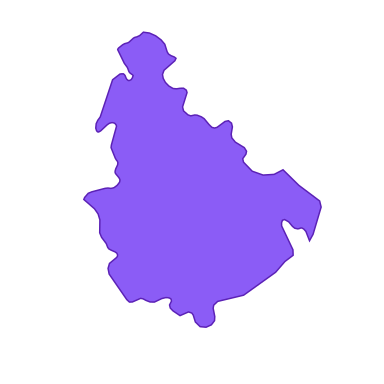 the Province of Bologna, rotated 115°
{"feature_id": "ITA-5362", "entity_name": "Bologna", "entity_type": "Province", "adm_level": 1, "iso_a3": "ITA", "parent_name": "Italy", "parent_adm1": "", "projection": "orthographic", "projection_center": [11.264, 44.436], "detail": "fine", "context": "isolated", "style": "filled", "palette": "violet", "viewbox_px": 384, "rotation_deg": 115, "n_neighbors": 0, "source": "natural_earth", "source_scale": "10m", "svg_char_len": 2583}
<svg xmlns="http://www.w3.org/2000/svg" viewBox="0 0 384 384"><g transform="rotate(115 192 192)"><path d="M179.2,64.4L186.5,64.9L179.6,72.1L178.3,75.2L178.2,77.3L178.8,78.4L179.7,79.2L180.7,80.5L181.4,83.6L180.7,86.4L178.2,91.7L177.8,96.4L179.4,98.1L182.1,97.8L184.9,96.4L201.7,76.1L206.6,73.6L215.7,78.4L229.4,82.3L263.7,101.6L280.3,122.5L285.4,124.5L288.4,123.7L295.3,118.7L299.1,117.2L304.2,118.3L308.6,122.1L310.6,127.7L308.4,134.0L303.0,138.9L301.8,141.0L302.2,144.5L309.1,150.6L307.8,158.9L306.4,162.6L303.9,164.6L299.6,164.5L298.0,165.6L297.6,167.3L298.0,169.3L298.9,171.3L301.4,174.4L307.6,179.5L309.4,183.5L309.7,187.9L309.5,191.1L310.1,193.6L316.9,199.6L318.2,202.2L317.1,205.6L301.4,232.4L296.7,235.8L291.6,236.6L283.3,232.7L281.8,232.4L280.4,232.9L279.2,234.3L278.8,236.3L278.9,240.8L278.7,243.4L277.8,245.0L275.0,247.9L271.3,254.8L268.0,258.4L256.2,263.7L251.6,267.8L248.4,273.3L244.5,286.9L242.3,287.0L237.0,285.5L234.1,282.8L225.4,272.3L223.9,269.8L223.0,267.0L221.9,265.5L221.0,264.5L217.7,262.7L216.1,262.3L213.7,261.8L212.2,262.1L211.1,262.7L210.4,263.6L209.8,264.5L207.7,268.9L207.0,269.8L205.6,270.5L203.3,270.9L198.7,270.9L196.7,271.6L195.7,272.6L195.3,273.4L194.9,274.2L193.7,275.9L186.0,284.1L183.6,284.9L164.3,288.2L163.4,289.0L162.8,290.0L162.4,291.1L162.5,292.4L162.8,293.5L163.4,294.5L164.1,295.3L164.9,296.1L167.0,297.3L175.2,300.6L176.2,301.3L177.1,302.0L177.4,303.1L176.8,304.4L174.8,306.2L170.6,307.7L166.8,307.7L163.4,307.0L162.7,306.9L125.5,311.2L123.8,311.4L115.5,307.1L114.7,305.8L113.9,304.1L114.2,302.9L114.8,301.8L116.5,300.0L117.4,298.8L117.9,296.9L117.3,295.7L116.0,294.7L114.7,294.4L113.5,294.3L111.3,294.6L110.9,295.6L110.7,296.8L110.5,298.0L110.2,298.9L109.9,299.5L109.3,300.3L107.0,302.6L106.3,303.5L104.0,307.7L94.4,319.5L93.4,319.6L92.3,319.3L87.9,317.1L86.1,315.8L83.9,313.2L82.8,312.4L77.5,310.2L76.4,309.5L75.6,308.7L74.9,307.7L72.3,305.5L67.7,303.6L65.9,297.7L65.8,290.9L67.2,284.3L69.6,279.1L75.4,273.8L76.9,271.6L77.3,268.5L77.1,265.2L77.6,263.0L80.3,263.0L93.5,268.8L98.0,268.4L101.2,266.1L103.9,262.5L105.7,257.9L106.2,252.9L105.0,249.6L103.0,246.6L101.5,243.5L102.1,240.2L104.0,238.5L118.9,236.5L122.1,233.9L123.8,228.2L123.5,225.3L121.0,222.0L120.2,219.8L119.9,215.3L120.4,212.0L123.7,205.0L125.0,201.3L124.5,198.6L122.8,196.6L114.1,191.9L112.0,189.1L112.9,185.3L115.9,182.9L123.1,180.9L126.1,178.8L128.5,173.8L129.7,163.3L132.0,159.8L134.9,159.1L140.4,160.1L143.2,157.9L147.7,146.2L146.6,134.7L141.3,125.0L133.4,118.9L140.8,98.0L146.2,72.5L151.1,68.6L179.2,64.4Z" fill="#8b5cf6" stroke="#5b21b6" stroke-width="1.5"/></g></svg>